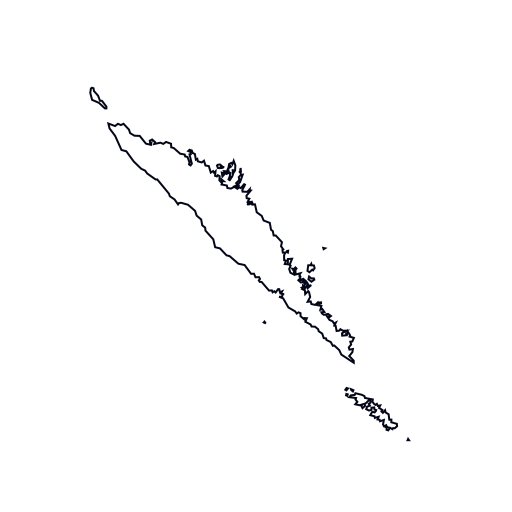 outline of Kepulauan Yapen, Papua, Indonesia, rotated 216°
{"feature_id": "22746128B96094928872069", "entity_name": "Kepulauan Yapen", "entity_type": "district", "adm_level": 2, "iso_a3": "IDN", "parent_name": "Indonesia", "parent_adm1": "Papua", "projection": "robinson", "projection_center": [135.942, -1.72], "detail": "fine", "context": "isolated", "style": "outline", "palette": "ink", "viewbox_px": 512, "rotation_deg": 216, "n_neighbors": 0, "source": "geoboundaries", "source_scale": "gbopen_adm2", "svg_char_len": 6108}
<svg xmlns="http://www.w3.org/2000/svg" viewBox="0 0 512 512"><g transform="rotate(216 256 256)"><path d="M129.0,226.4L114.2,227.1L115.4,228.7L121.8,229.9L121.5,234.8L122.9,237.7L125.4,235.2L127.2,236.6L127.0,240.3L129.3,242.1L127.8,243.5L128.7,247.3L132.9,245.8L133.2,247.1L137.6,248.9L136.2,245.9L137.3,246.0L136.6,244.7L139.5,242.2L141.0,244.0L138.8,248.9L141.9,246.6L144.7,246.4L144.6,244.8L146.7,242.7L150.5,246.3L151.7,245.7L152.3,249.1L153.2,247.2L155.6,248.2L159.0,247.5L163.3,249.0L160.6,249.9L160.1,251.5L163.7,251.5L166.5,248.3L168.9,248.3L170.0,248.9L167.8,250.9L171.3,252.1L172.3,250.3L173.8,254.1L177.6,252.2L178.8,254.0L179.4,251.2L183.0,249.7L185.0,251.4L187.3,249.3L188.1,254.7L191.8,257.9L193.1,258.3L193.8,254.1L196.2,256.9L199.3,256.4L199.2,257.5L200.3,257.4L199.7,258.6L200.7,259.9L198.8,260.1L197.4,258.5L197.4,262.1L195.3,260.3L194.2,264.9L195.6,262.9L199.0,264.5L199.8,262.0L202.5,262.7L204.1,260.9L207.5,261.3L207.0,263.9L208.0,265.2L209.4,264.6L208.5,265.7L209.8,266.3L209.9,268.2L213.1,264.3L215.8,267.7L215.9,269.7L217.4,269.9L217.6,267.9L219.1,267.1L216.2,266.0L214.4,263.3L218.4,262.7L221.5,265.0L222.4,268.6L223.6,268.5L225.2,275.0L228.4,272.3L225.4,268.0L228.0,266.4L229.1,269.9L230.8,269.2L233.7,273.1L234.3,276.0L236.3,274.5L238.2,276.5L237.8,277.4L241.5,278.6L243.1,282.4L252.1,284.2L253.8,283.0L257.0,286.0L259.3,286.1L264.3,290.9L270.7,289.2L274.9,291.8L281.1,291.8L287.2,297.2L289.2,295.3L290.6,295.8L292.1,293.4L290.0,296.7L291.2,297.4L293.0,292.2L293.0,293.9L294.8,294.5L293.0,294.8L293.2,296.0L294.6,295.3L295.1,298.4L297.5,297.3L299.2,299.2L298.7,305.8L299.7,305.1L300.3,306.3L300.8,302.8L304.7,300.2L305.8,301.2L306.8,307.2L307.8,307.1L308.2,302.0L309.8,301.8L310.6,299.4L314.2,299.2L315.9,295.8L319.1,294.2L321.0,295.9L325.9,293.6L326.3,295.0L330.1,295.7L332.3,299.2L334.4,298.9L334.4,297.4L336.2,296.8L338.5,300.7L338.8,298.7L340.6,299.5L341.6,296.9L347.0,301.0L350.1,299.5L354.1,302.5L354.9,299.8L358.7,298.4L360.6,300.1L361.3,298.6L365.4,302.6L367.7,302.1L369.9,303.6L372.2,302.9L372.5,301.1L370.3,301.8L368.6,300.0L369.5,299.1L362.2,293.0L362.2,290.8L364.0,290.7L364.8,292.6L369.7,295.9L371.8,294.9L373.3,296.2L377.4,294.2L386.0,295.0L388.5,294.1L390.7,296.9L395.8,295.4L396.9,292.2L399.9,291.5L404.2,286.8L404.5,288.8L408.5,289.2L409.7,286.8L407.7,284.9L407.2,286.1L406.3,284.2L411.1,282.2L420.7,284.8L425.0,281.9L430.0,281.4L433.1,283.6L440.9,285.1L442.3,282.5L445.4,281.8L446.4,278.3L453.3,276.4L449.4,273.1L440.6,270.4L427.1,262.7L422.5,264.5L410.5,260.6L400.1,259.1L395.9,259.9L392.6,258.8L382.2,258.9L380.9,259.9L363.2,255.3L360.8,253.7L355.2,253.9L349.4,251.9L349.4,253.7L347.7,255.1L341.1,257.5L331.8,256.7L327.8,253.8L321.8,253.3L317.5,249.2L313.9,249.1L311.7,246.8L300.4,244.4L294.2,239.1L289.6,241.0L280.3,239.2L277.3,240.4L265.7,239.4L259.9,242.0L249.5,238.7L247.2,240.5L243.9,238.5L241.1,240.7L239.3,239.8L239.4,237.9L237.7,237.3L236.2,238.3L225.1,235.7L222.9,237.5L221.2,236.4L220.5,238.2L218.7,238.0L218.6,242.3L217.7,242.8L215.3,240.7L214.1,242.8L213.7,240.3L210.8,241.6L212.0,240.5L210.9,238.2L213.4,236.6L209.1,237.7L199.5,233.4L191.8,234.2L189.2,233.4L188.5,235.4L186.4,235.9L184.6,233.5L180.0,233.1L180.7,235.0L179.9,234.2L178.3,235.5L177.4,231.8L171.6,232.7L169.6,231.6L166.7,233.5L162.7,233.3L161.1,232.0L156.8,232.1L152.9,229.4L150.9,230.5L149.6,229.5L144.9,230.3L141.0,228.5L140.1,229.6L133.4,228.8L129.0,226.4ZM48.2,192.1L46.5,192.7L46.7,195.8L43.8,196.1L43.9,197.4L42.5,198.2L41.8,201.2L43.4,203.0L48.8,201.0L50.3,203.2L51.9,201.9L55.7,205.9L59.2,205.6L60.9,207.1L61.2,203.7L63.3,204.1L63.3,205.7L67.2,205.4L67.7,208.1L69.3,206.3L71.3,207.4L71.8,205.8L73.3,205.7L76.1,206.5L77.2,208.6L84.4,205.2L85.9,206.4L88.9,205.9L94.9,203.4L94.5,201.6L97.3,199.1L97.6,196.6L91.6,199.9L91.2,198.4L88.3,197.6L88.5,194.4L84.4,196.2L82.6,198.6L82.6,196.6L80.4,195.5L79.7,198.8L80.9,199.9L79.9,205.6L78.6,206.5L77.2,204.6L77.9,202.7L75.9,201.9L77.6,199.4L76.8,196.9L73.7,197.4L72.2,199.5L73.4,201.1L71.4,203.0L69.9,201.4L68.2,202.0L67.9,200.8L68.1,199.2L70.4,198.2L70.0,194.4L65.8,196.0L64.7,194.9L62.3,198.0L61.6,195.2L59.7,196.2L58.5,195.2L56.2,198.5L54.2,194.4L52.5,193.5L51.4,195.3L50.8,194.1L50.2,195.1L48.6,195.0L49.5,193.9L48.2,192.1ZM480.4,286.0L473.1,287.6L465.0,286.6L463.8,287.5L464.8,288.9L471.9,291.0L473.4,289.9L478.1,292.9L484.0,294.2L486.1,296.2L487.6,295.7L488.0,294.5L486.0,290.6L480.4,286.0ZM324.2,305.3L322.8,304.8L321.9,306.1L322.7,308.7L325.9,312.3L323.1,311.0L323.2,312.9L326.0,317.2L330.0,319.9L329.0,316.3L330.7,316.8L331.8,314.7L330.6,312.1L330.0,313.8L328.8,313.6L330.0,310.3L329.4,308.0L328.5,308.8L328.3,308.2L329.3,305.2L328.0,305.1L326.6,307.9L325.5,307.1L325.7,308.9L324.2,305.3ZM205.6,274.2L203.2,274.3L202.5,278.0L201.4,277.9L201.4,280.6L203.6,282.4L205.4,281.2L206.7,282.2L206.5,280.5L208.3,279.2L205.6,274.2ZM312.3,301.0L312.1,300.0L311.4,302.9L312.7,303.8L312.3,306.4L314.6,314.0L316.0,312.6L316.3,309.7L314.2,307.6L314.9,303.3L312.7,302.7L314.0,300.4L312.3,301.0ZM338.5,304.8L335.0,307.3L337.0,306.7L337.0,307.8L335.4,307.8L335.7,308.6L338.8,308.9L340.6,307.3L340.7,306.2L338.5,304.8ZM199.9,268.0L196.0,267.8L194.9,271.1L196.0,271.9L198.0,270.4L201.0,270.6L199.9,268.0ZM332.7,303.4L329.9,300.6L329.5,304.7L332.7,303.4ZM205.5,263.0L202.9,264.5L200.8,264.1L200.9,265.0L204.4,265.3L205.5,263.0ZM323.2,301.8L321.8,301.9L321.9,304.3L323.9,304.3L323.2,301.8ZM105.1,202.5L105.1,200.3L103.9,200.4L103.7,202.9L105.1,202.5ZM98.0,203.4L98.3,204.7L100.9,204.1L100.2,203.5L98.0,203.4ZM210.7,206.8L208.5,207.2L210.6,207.9L210.7,206.8ZM101.2,196.2L100.0,196.5L100.5,198.0L101.8,197.5L101.2,196.2ZM326.1,297.5L328.7,297.6L327.4,296.5L326.1,297.5ZM233.8,277.1L232.2,277.5L233.1,279.1L233.9,278.2L233.8,277.1ZM176.8,254.7L175.6,256.0L176.1,256.7L178.0,255.2L176.8,254.7ZM204.7,302.8L206.3,302.1L205.3,301.3L204.7,302.8ZM331.7,305.9L329.9,305.1L329.6,305.8L330.6,306.6L331.7,305.9ZM25.4,197.4L25.1,196.1L24.0,196.9L25.4,197.4ZM318.7,314.4L317.1,314.0L318.8,316.1L318.7,314.4ZM319.6,316.8L318.9,316.7L320.1,318.1L319.6,316.8ZM334.5,308.5L335.1,309.6L334.7,307.8L334.5,308.5Z" fill="none" stroke="#020617" stroke-width="2"/></g></svg>